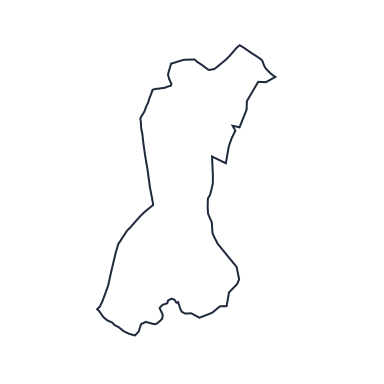 the district of Al-Shamiya, Al-Qādisiyyah, Iraq, rotated 18°
{"feature_id": "34846034B85923649366484", "entity_name": "Al-Shamiya", "entity_type": "district", "adm_level": 2, "iso_a3": "IRQ", "parent_name": "Iraq", "parent_adm1": "Al-Qādisiyyah", "projection": "orthographic", "projection_center": [44.634, 31.867], "detail": "fine", "context": "isolated", "style": "outline", "palette": "slate", "viewbox_px": 384, "rotation_deg": 18, "n_neighbors": 0, "source": "geoboundaries", "source_scale": "gbopen_adm2", "svg_char_len": 1837}
<svg xmlns="http://www.w3.org/2000/svg" viewBox="0 0 384 384"><g transform="rotate(18 192 192)"><path d="M235.7,56.8L234.1,56.4L229.8,54.8L226.0,52.8L223.8,51.6L221.5,49.5L218.3,45.4L216.8,44.6L214.7,43.9L209.7,42.5L206.4,41.7L201.5,40.2L196.8,38.8L192.0,37.7L190.0,40.8L187.4,47.0L185.7,51.0L183.2,55.9L176.7,66.1L175.0,68.3L170.9,70.5L169.9,70.7L166.0,69.4L161.1,67.8L157.0,66.7L154.3,65.6L153.4,65.2L149.1,66.7L143.6,68.7L138.4,72.2L133.7,75.6L132.5,76.2L132.7,84.9L132.9,87.8L135.3,91.5L139.1,95.7L138.9,97.7L137.2,98.6L133.3,101.7L131.0,102.6L128.7,103.9L125.9,105.0L122.9,107.0L122.9,111.2L122.5,116.3L122.7,120.3L122.1,124.1L121.8,130.5L120.3,136.5L120.2,138.3L121.8,141.4L123.8,146.7L127.0,152.5L130.9,161.1L136.6,172.7L142.0,182.9L149.0,197.3L150.7,200.8L156.1,210.6L159.1,216.3L156.5,220.3L155.6,221.7L152.9,225.9L150.5,230.5L148.4,235.2L144.1,245.1L142.2,248.7L139.7,257.8L138.8,261.5L138.0,263.8L138.0,264.9L138.2,273.5L139.9,294.1L141.2,307.4L140.8,317.4L140.6,322.9L139.8,329.4L138.1,332.5L138.1,332.9L138.4,333.0L140.0,333.6L146.3,338.3L150.8,340.2L156.4,340.8L159.5,342.5L164.0,343.2L170.0,345.5L175.9,346.3L182.0,346.1L184.4,341.3L184.4,333.4L188.2,329.8L194.1,329.6L197.7,329.2L199.5,327.7L202.8,322.0L202.2,318.0L197.0,312.3L198.8,308.5L202.8,305.5L202.8,302.5L205.5,299.8L208.5,299.8L211.4,302.1L212.8,301.0L217.2,307.0L219.3,309.1L223.1,309.7L228.9,307.6L237.9,309.3L248.5,300.6L253.9,292.1L260.2,289.8L258.2,276.1L263.4,265.6L263.8,260.4L257.5,249.4L252.3,246.1L232.4,233.3L226.2,227.1L225.4,226.2L223.9,224.2L220.3,214.9L214.0,207.7L211.7,202.0L209.1,193.2L210.1,189.1L209.3,177.9L207.0,170.5L200.1,152.1L215.3,154.2L212.9,137.0L213.1,128.7L214.3,120.3L210.2,116.5L214.5,116.0L217.2,115.9L218.5,96.9L216.1,88.6L220.9,66.8L228.4,64.7L235.1,57.5L235.7,56.8Z" fill="none" stroke="#1e293b" stroke-width="2"/></g></svg>